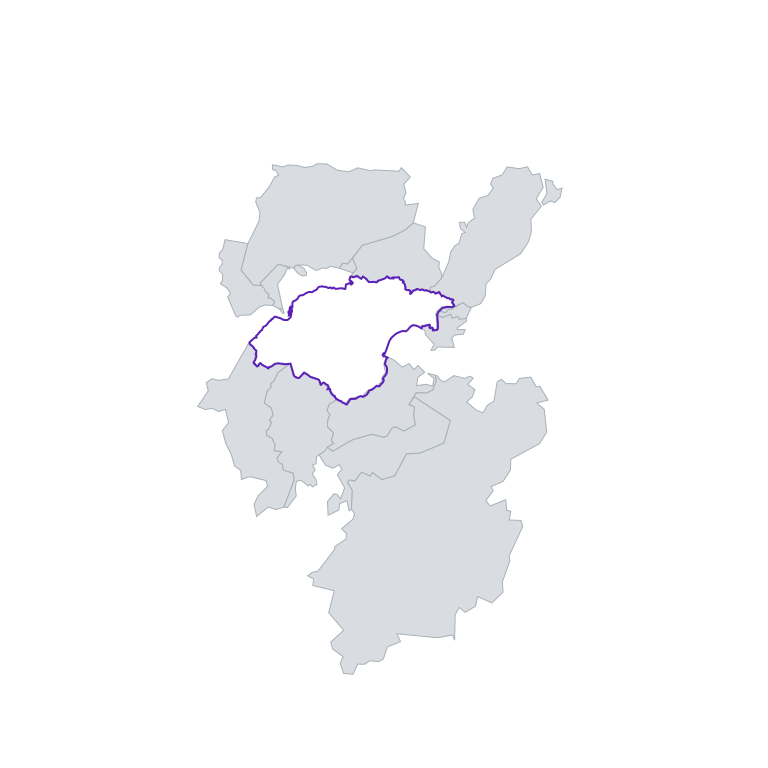 Iran and the surrounding countries, rotated 124°
{"feature_id": "IRN", "entity_name": "Iran", "entity_type": "country or territory", "adm_level": 0, "iso_a3": "IRN", "parent_name": "Asia", "parent_adm1": "", "projection": "mercator", "projection_center": [53.162, 32.435], "detail": "fine", "context": "with_neighbors", "style": "outline", "palette": "violet", "viewbox_px": 768, "rotation_deg": 124, "n_neighbors": 14, "source": "natural_earth", "source_scale": "50m", "svg_char_len": 13938}
<svg xmlns="http://www.w3.org/2000/svg" viewBox="0 0 768 768"><g transform="rotate(124 384 384)"><path d="M646.5,255.5L640.0,264.2L632.9,265.4L632.5,278.2L627.7,283.9L610.7,279.7L604.5,302.0L583.2,309.6L590.9,330.3L585.0,333.3L585.7,340.0L580.4,338.3L576.1,334.1L549.2,332.5L546.1,333.8L533.9,328.9L529.1,331.3L527.7,338.2L513.6,334.2L508.0,335.8L506.1,340.9L489.9,351.1L486.1,359.2L482.9,359.3L480.6,353.9L469.7,353.5L467.9,344.1L463.8,344.1L464.4,332.4L454.2,323.8L429.4,326.4L421.3,315.7L399.4,301.4L377.3,308.6L377.7,351.9L373.3,352.5L367.3,343.5L361.5,340.3L351.8,342.7L348.0,346.5L347.5,343.7L349.6,338.9L348.0,334.8L338.0,330.8L334.2,320.2L329.5,317.2L329.2,313.3L337.5,314.4L337.8,305.6L345.1,303.6L352.6,305.4L354.1,293.4L352.6,285.7L344.0,286.4L336.8,283.3L318.8,291.4L314.5,289.4L315.4,283.0L309.9,274.5L303.6,274.9L296.3,266.2L301.2,256.3L298.7,253.6L305.6,239.0L314.4,246.8L315.4,237.0L333.1,222.1L346.5,221.8L375.5,236.8L384.6,231.1L398.2,230.8L409.1,237.8L411.6,233.8L423.6,234.4L425.8,227.9L411.9,218.4L420.1,211.6L418.5,207.8L426.7,204.1L420.6,194.3L424.5,189.3L456.5,184.2L460.7,180.6L482.2,175.1L489.9,168.9L505.2,172.1L507.9,187.5L516.9,183.9L527.9,188.9L527.2,196.8L535.4,196.0L556.9,182.2L553.7,186.8L564.6,198.0L583.8,233.5L588.3,226.3L600.1,234.2L612.5,230.7L617.2,233.2L621.3,240.9L627.3,243.5L630.9,249.2L642.0,247.4L646.5,255.5Z" fill="#d9dde1" stroke="#a8b0b8" stroke-width="1"/><path d="M377.7,351.9L377.3,308.6L399.4,301.4L421.3,315.7L429.4,326.4L454.2,323.8L464.4,332.4L463.8,344.1L467.9,344.1L469.7,353.5L480.6,353.9L482.9,359.3L486.1,359.2L489.9,351.1L506.1,340.9L508.6,342.1L501.4,349.5L507.8,353.8L513.9,351.0L524.0,357.0L513.0,365.1L503.0,364.2L501.8,361.1L503.5,355.9L492.1,358.5L485.3,371.9L478.1,371.4L475.9,376.2L482.2,378.9L484.1,387.0L479.2,398.0L468.0,395.6L468.3,389.0L447.9,379.0L432.5,366.1L428.3,354.5L425.4,352.4L416.2,352.9L412.9,350.6L412.0,341.4L400.4,335.3L393.2,342.0L385.9,346.0L387.3,351.8L377.7,351.9Z" fill="#d9dde1" stroke="#a8b0b8" stroke-width="1"/><path d="M340.1,526.9L341.6,526.5L341.9,529.0L348.6,527.6L360.9,528.1L378.5,509.8L380.2,513.0L381.3,520.5L377.0,520.6L376.3,526.7L377.8,528.0L373.9,529.8L373.9,533.7L369.4,543.2L343.7,538.6L340.1,526.9Z" fill="#d9dde1" stroke="#a8b0b8" stroke-width="1"/><path d="M333.5,522.1L332.9,515.2L335.2,510.3L337.6,509.2L340.2,512.2L340.3,517.8L338.4,523.3L336.1,524.0L333.5,522.1Z" fill="#d9dde1" stroke="#a8b0b8" stroke-width="1"/><path d="M309.2,471.8L313.0,485.7L306.9,486.0L304.8,481.3L297.2,480.4L303.4,470.9L309.2,471.8Z" fill="#d9dde1" stroke="#a8b0b8" stroke-width="1"/><path d="M234.0,449.9L230.6,437.5L249.5,426.8L252.8,414.1L251.9,406.4L256.6,403.8L261.0,397.1L264.7,395.4L274.7,396.8L277.7,399.5L281.8,397.7L287.3,410.4L292.9,413.6L293.6,419.7L289.3,423.3L287.3,431.4L293.2,441.2L303.7,446.8L308.1,454.5L306.7,461.7L309.5,461.7L309.5,467.0L314.3,472.2L303.4,470.9L297.2,480.4L281.2,479.6L257.1,459.7L244.3,452.6L234.0,449.9Z" fill="#d9dde1" stroke="#a8b0b8" stroke-width="1"/><path d="M371.2,541.3L371.4,537.5L373.9,533.7L373.9,529.8L377.8,528.0L376.3,526.7L377.0,520.6L381.3,520.5L385.2,527.0L390.0,530.4L401.3,533.3L407.5,541.7L410.5,542.9L410.5,545.0L399.2,562.3L395.4,561.8L393.6,564.0L392.2,568.6L392.4,575.8L388.5,575.7L383.2,579.1L382.3,583.5L380.4,585.4L375.0,585.3L371.7,587.6L371.7,591.2L367.6,593.7L362.9,592.9L353.2,596.4L343.7,575.3L369.4,566.2L375.1,547.8L371.2,541.3ZM380.2,513.0L378.5,509.8L381.0,506.5L382.1,507.4L380.2,513.0Z" fill="#d9dde1" stroke="#a8b0b8" stroke-width="1"/><path d="M565.0,415.5L556.7,424.3L547.1,425.9L534.1,423.3L530.0,427.8L536.0,443.8L542.9,448.8L535.6,454.6L535.7,461.8L527.4,471.7L522.0,481.7L513.1,491.9L503.1,491.2L493.7,501.3L499.3,505.6L500.3,513.0L505.1,517.8L506.8,525.9L487.9,525.9L482.2,532.1L475.9,529.7L473.4,523.0L466.8,515.8L425.0,519.1L428.2,508.0L440.6,503.1L439.9,498.7L435.8,497.1L435.6,488.6L427.4,484.3L419.7,473.2L434.0,478.2L442.6,476.8L447.7,478.0L449.4,475.9L455.4,476.7L466.5,472.6L466.8,464.2L471.6,458.5L478.0,458.5L478.9,455.7L485.5,454.4L488.6,455.4L492.0,452.5L491.5,446.4L495.2,440.3L500.6,437.7L497.2,430.9L505.4,431.2L507.7,427.5L507.4,423.5L511.6,419.1L508.6,409.4L513.6,404.8L542.0,398.1L548.3,403.1L550.9,411.3L565.0,415.5Z" fill="#d9dde1" stroke="#a8b0b8" stroke-width="1"/><path d="M468.0,395.6L472.8,395.7L481.9,399.3L488.1,395.8L491.0,397.9L493.7,393.0L498.8,393.2L501.1,387.2L504.7,383.4L509.4,385.9L508.4,389.2L511.0,389.8L510.2,398.8L513.6,402.3L520.4,399.0L525.8,394.2L540.5,395.0L542.0,398.1L513.6,404.8L508.6,409.4L511.6,419.1L507.4,423.5L507.7,427.5L505.4,431.2L497.2,430.9L500.6,437.7L495.2,440.3L491.5,446.4L492.0,452.5L488.6,455.4L485.5,454.4L478.9,455.7L478.0,458.5L471.6,458.5L466.8,464.2L466.5,472.6L455.4,476.7L449.4,475.9L447.7,478.0L442.6,476.8L434.0,478.2L419.7,473.2L427.4,464.2L426.7,457.8L420.3,456.1L416.8,441.6L420.4,436.0L416.7,434.4L422.6,413.9L431.3,417.9L437.8,416.5L439.5,411.7L446.3,410.1L451.1,406.9L452.8,398.3L460.1,396.3L461.4,392.4L468.0,395.6Z" fill="#d9dde1" stroke="#a8b0b8" stroke-width="1"/><path d="M348.0,346.5L351.8,342.7L361.5,340.3L367.3,343.5L373.3,352.5L387.3,351.8L385.9,346.0L393.2,342.0L400.4,335.3L412.0,341.4L412.9,350.6L416.2,352.9L425.4,352.4L428.3,354.5L432.5,366.1L447.9,379.0L468.3,389.0L468.0,395.6L461.4,392.4L460.1,396.3L452.8,398.3L451.1,406.9L446.3,410.1L439.5,411.7L437.8,416.5L431.3,417.9L422.6,413.9L421.8,405.0L415.4,404.6L405.6,395.1L398.8,393.9L389.3,388.4L383.2,387.4L379.5,389.4L373.7,389.1L367.7,395.3L360.1,397.4L358.5,389.8L359.8,378.3L353.1,374.6L355.3,367.0L349.6,366.3L351.5,356.8L359.6,359.6L367.1,356.0L360.9,349.2L358.4,342.6L351.5,345.5L350.7,353.9L348.0,346.5Z" fill="#d9dde1" stroke="#a8b0b8" stroke-width="1"/><path d="M296.6,380.3L293.5,380.6L290.1,372.6L286.3,372.6L283.7,369.6L272.2,363.9L273.0,358.4L271.6,354.4L283.5,352.6L288.5,357.6L286.8,360.4L291.4,364.2L288.9,367.8L296.4,372.7L296.6,380.3Z" fill="#d9dde1" stroke="#a8b0b8" stroke-width="1"/><path d="M281.8,397.7L277.7,399.5L274.7,396.8L264.7,395.4L246.7,398.6L236.8,402.6L229.8,402.6L225.2,400.6L215.8,403.6L213.0,401.5L212.5,407.4L207.9,412.1L204.8,407.3L208.0,403.3L202.8,404.2L195.6,401.7L189.7,407.9L176.7,409.0L169.8,403.3L160.6,403.0L158.6,407.4L152.7,408.7L144.4,403.0L135.1,403.2L130.0,392.5L123.7,386.5L127.9,378.0L122.5,372.7L132.0,362.0L145.2,361.5L148.7,352.9L165.1,354.4L175.4,347.0L185.3,343.8L199.5,343.5L226.8,356.0L236.7,354.3L244.1,355.3L254.2,349.3L263.3,348.8L271.6,354.4L273.0,358.4L272.2,363.9L282.0,369.9L276.1,373.1L278.8,385.7L277.1,389.0L281.8,397.7ZM122.0,346.0L130.7,342.4L138.1,343.9L139.1,348.3L146.6,352.0L145.0,354.8L134.9,355.4L124.1,365.0L121.5,357.4L123.5,356.2L126.2,349.0L122.0,346.0Z" fill="#d9dde1" stroke="#a8b0b8" stroke-width="1"/><path d="M293.5,347.2L298.2,346.0L304.1,352.9L307.8,353.7L314.4,346.2L323.3,360.3L327.3,360.8L329.9,363.8L322.9,364.7L319.9,377.3L316.8,379.8L317.0,385.3L314.9,385.8L309.5,380.1L312.5,374.6L309.9,371.4L306.7,372.2L296.6,380.3L296.4,372.7L288.9,367.8L291.4,364.2L286.8,360.4L288.5,357.6L283.5,352.6L285.6,350.7L296.6,354.7L297.8,353.4L293.5,347.2ZM293.5,380.6L287.6,379.2L283.3,374.1L282.0,369.9L283.7,369.6L286.3,372.6L290.1,372.6L293.5,380.6Z" fill="#d9dde1" stroke="#a8b0b8" stroke-width="1"/><path d="M197.7,477.9L207.2,479.4L213.0,472.8L219.5,471.5L220.9,468.2L223.8,466.5L215.2,456.5L234.0,449.9L244.3,452.6L257.1,459.7L281.2,479.6L304.8,481.3L306.9,486.0L313.0,485.7L316.3,494.1L320.5,496.3L322.0,499.7L327.9,503.7L328.6,514.1L333.5,522.1L336.1,524.0L338.4,523.3L343.7,538.6L369.4,543.2L371.2,541.3L375.1,547.8L369.4,566.2L343.7,575.3L319.0,578.7L311.0,582.8L304.8,592.2L300.9,593.7L298.7,590.7L285.6,589.4L273.4,590.4L269.9,588.1L267.6,592.5L268.5,596.3L264.7,599.1L260.4,589.0L255.9,585.8L251.4,578.2L248.9,570.9L243.0,564.6L239.2,563.1L233.5,554.4L232.9,542.5L228.0,532.1L219.4,526.5L214.6,514.1L212.1,512.0L199.2,490.5L194.9,490.5L197.7,477.9Z" fill="#d9dde1" stroke="#a8b0b8" stroke-width="1"/><path d="M360.1,395.8L362.4,396.0L363.4,395.7L365.8,394.8L366.3,394.8L366.8,394.5L367.2,394.1L368.1,391.7L368.5,391.1L370.0,389.8L372.6,388.2L374.3,387.7L376.6,387.7L378.4,387.9L379.9,387.9L380.3,387.9L380.5,387.7L380.7,386.7L381.1,386.3L381.7,386.0L383.7,385.9L384.6,386.0L385.7,386.4L388.2,386.4L388.7,386.8L389.1,387.3L389.3,387.8L389.4,388.8L389.5,389.0L390.1,389.3L391.0,389.5L392.6,389.8L394.9,390.6L396.0,391.1L397.3,392.4L398.4,392.7L398.8,392.7L399.8,392.1L400.6,392.5L402.0,392.2L403.1,392.5L405.7,393.9L406.0,393.9L406.2,394.0L406.6,394.8L406.8,395.9L407.5,396.8L408.4,397.6L411.8,399.1L412.7,399.9L415.1,403.4L421.8,403.4L422.2,404.1L422.1,405.6L422.3,407.1L422.6,408.2L422.6,409.1L422.3,409.6L422.1,410.4L422.5,410.8L422.9,411.6L423.0,412.7L422.8,413.3L422.8,413.8L423.0,414.2L423.2,414.9L423.1,415.3L422.9,415.7L422.5,416.9L422.4,417.4L421.6,417.9L421.7,418.5L422.0,419.7L421.4,421.5L421.4,422.2L420.4,423.7L420.3,424.3L419.1,425.4L418.5,425.5L418.4,425.7L418.5,426.0L419.8,427.8L417.7,427.9L416.4,430.1L416.7,432.7L416.4,434.1L416.6,434.8L417.1,435.3L417.8,435.6L419.1,435.6L420.0,435.9L420.0,436.2L418.3,438.1L417.0,440.0L417.0,440.8L417.1,441.4L419.3,449.0L419.3,449.8L419.0,451.7L418.9,452.8L419.1,454.2L419.0,454.9L419.2,456.6L419.5,456.7L426.4,457.7L427.2,458.7L427.7,460.8L427.7,462.4L427.5,463.2L419.4,472.9L423.5,477.7L423.7,478.1L423.6,478.8L425.1,481.3L425.6,482.6L426.1,483.4L428.4,485.8L429.6,486.3L430.4,486.4L432.3,487.1L433.0,487.6L434.2,488.8L435.5,488.6L435.8,488.7L435.8,489.1L435.7,491.1L436.0,493.0L436.3,496.0L435.9,497.3L435.8,498.2L435.9,498.3L436.3,498.5L437.2,498.7L439.3,498.3L440.1,498.8L440.5,499.3L440.5,499.6L440.0,500.0L439.9,500.8L440.0,501.9L440.0,502.1L439.5,502.3L439.3,504.0L439.2,504.1L438.7,504.3L436.1,504.2L435.8,504.2L434.8,504.7L433.1,505.0L432.6,505.1L432.0,505.6L431.5,506.2L431.5,506.8L431.4,506.9L430.4,506.8L430.1,507.3L428.0,508.2L427.7,508.7L427.2,511.8L426.5,512.5L426.4,512.7L426.5,513.3L426.2,514.3L426.0,517.1L425.8,517.9L425.3,518.0L425.0,518.4L424.3,518.8L421.7,518.1L417.9,517.1L417.5,516.7L417.2,515.9L416.6,515.7L415.6,516.9L412.4,516.2L411.3,516.4L410.6,516.0L408.9,516.0L407.5,515.3L405.6,515.8L404.0,515.9L401.9,514.6L399.6,514.2L397.8,514.3L396.8,514.2L395.3,513.7L394.5,513.3L393.3,513.6L392.8,512.9L389.4,512.3L388.3,510.0L388.2,508.8L387.4,506.8L387.1,503.8L386.8,502.7L386.3,501.7L385.7,500.8L384.9,499.9L384.2,499.5L381.0,498.8L380.4,498.9L378.9,499.4L377.4,500.4L374.9,501.0L374.4,501.4L373.8,502.4L373.0,503.0L371.9,502.8L370.7,503.4L368.5,505.0L367.3,505.5L366.3,505.5L365.3,504.7L362.9,503.7L361.4,503.3L359.3,503.6L358.3,503.4L356.6,502.2L356.1,501.3L355.2,500.7L352.1,499.4L349.6,497.6L349.1,497.0L348.8,496.0L347.8,494.8L345.3,493.8L343.9,492.8L342.3,492.6L340.8,492.6L340.2,492.4L339.6,492.0L337.5,489.8L337.5,489.0L336.2,486.9L335.9,486.1L335.6,484.0L335.3,483.5L334.0,482.6L333.8,482.1L334.0,481.3L334.0,480.7L333.4,480.2L332.3,479.9L332.1,479.3L332.3,478.0L332.1,477.2L331.2,476.0L329.9,474.7L328.5,472.8L328.0,472.3L327.2,469.5L326.4,469.4L322.7,471.2L321.7,470.2L318.4,468.5L318.0,467.8L318.4,467.6L318.8,467.5L319.6,467.8L320.1,467.4L319.9,466.8L319.1,466.5L318.0,466.5L318.3,467.0L317.3,467.6L317.0,468.3L317.3,470.3L316.9,470.9L316.5,471.2L315.2,471.2L314.5,471.8L314.1,471.9L313.1,471.1L312.8,470.4L312.7,469.9L312.9,469.6L312.7,469.2L312.3,468.7L311.8,468.4L311.4,468.3L311.0,468.0L310.7,467.4L310.0,467.0L309.5,466.9L309.5,461.7L306.7,461.5L306.7,457.6L308.0,453.6L305.9,450.6L305.2,450.0L304.0,447.2L303.7,446.9L303.3,446.7L301.9,446.8L297.2,443.1L295.5,442.1L294.8,441.9L293.3,441.8L293.1,441.6L293.0,441.1L293.0,440.5L293.5,439.6L293.5,439.0L292.5,437.1L292.1,436.6L291.2,436.3L291.4,435.8L291.4,435.4L291.3,435.1L291.0,435.0L290.8,435.0L290.0,435.2L287.8,431.9L287.2,431.6L287.1,431.4L288.3,429.5L288.4,428.9L288.2,428.2L287.5,426.8L288.0,425.6L288.0,425.1L289.2,425.2L289.4,424.7L289.4,423.3L289.5,422.8L291.6,420.4L293.4,419.4L293.6,418.6L293.3,417.7L293.2,417.3L292.4,416.3L292.1,415.7L292.0,415.2L292.2,414.3L292.6,413.6L293.8,413.2L294.5,412.9L294.6,412.6L293.7,412.1L291.8,411.9L290.4,412.1L289.9,411.9L289.2,410.9L288.5,410.4L287.9,410.1L287.2,410.2L286.8,410.0L285.8,406.4L285.5,406.0L284.7,405.8L284.2,405.2L284.0,404.6L284.0,403.2L283.9,402.8L283.6,402.3L282.7,401.7L282.0,398.8L281.7,398.1L281.7,397.2L282.0,396.6L282.0,396.4L281.3,395.7L280.1,394.9L280.1,393.5L279.8,392.4L280.2,391.9L280.0,391.5L278.6,390.6L278.0,390.1L277.1,390.0L277.0,389.7L277.1,389.1L277.5,388.3L278.0,387.6L278.1,387.1L278.4,386.0L279.0,385.3L279.0,385.1L278.8,384.9L277.9,384.7L277.7,384.5L277.7,384.2L277.7,382.7L277.4,381.1L277.5,379.6L277.2,379.3L276.6,378.5L276.4,377.9L276.6,377.2L276.7,376.2L275.8,375.4L275.7,374.4L275.4,373.6L275.5,373.5L276.2,373.3L278.0,373.4L278.5,373.1L279.1,370.4L279.6,369.7L280.2,369.3L281.9,370.6L282.2,370.6L283.7,373.1L284.3,373.8L284.7,374.4L284.9,375.0L285.4,375.4L285.9,375.6L286.6,376.3L287.8,377.7L288.6,378.1L293.7,379.2L295.0,378.8L297.0,378.8L299.6,376.2L300.8,375.8L301.4,375.0L302.5,374.0L303.8,373.1L307.5,370.6L308.5,370.2L309.4,370.2L311.8,372.8L312.2,373.4L311.6,373.9L310.6,374.3L310.4,374.7L310.3,375.1L310.4,375.6L310.5,375.9L311.8,376.7L311.9,377.1L311.9,377.6L311.8,377.9L311.5,378.0L309.8,378.5L309.4,379.1L309.4,379.4L309.6,379.8L311.2,380.8L311.7,381.7L312.0,382.0L312.7,382.1L313.0,382.3L314.5,384.3L314.9,384.4L316.9,384.0L317.1,387.2L317.3,388.6L317.6,389.9L318.7,392.3L319.4,393.1L321.2,393.9L322.0,394.2L324.2,394.4L326.4,394.7L327.7,395.2L328.1,395.4L328.4,395.9L329.4,397.9L331.1,399.4L334.5,401.6L336.1,402.3L341.6,403.7L345.3,403.6L355.4,400.9L358.8,400.3L360.1,400.3L359.3,400.8L358.1,401.1L358.8,401.5L360.5,401.5L360.9,401.1L361.0,400.6L360.1,395.8ZM379.5,501.5L378.7,502.7L377.5,503.6L377.0,503.3L376.6,503.3L375.8,503.7L375.1,503.8L374.0,504.4L373.0,504.8L372.0,504.7L371.9,504.2L372.3,504.1L373.9,503.5L375.9,502.6L376.1,502.1L375.8,501.4L377.1,501.6L378.6,500.9L379.8,500.7L380.3,501.2L379.5,501.5Z" fill="none" stroke="#5b21b6" stroke-width="2"/></g></svg>